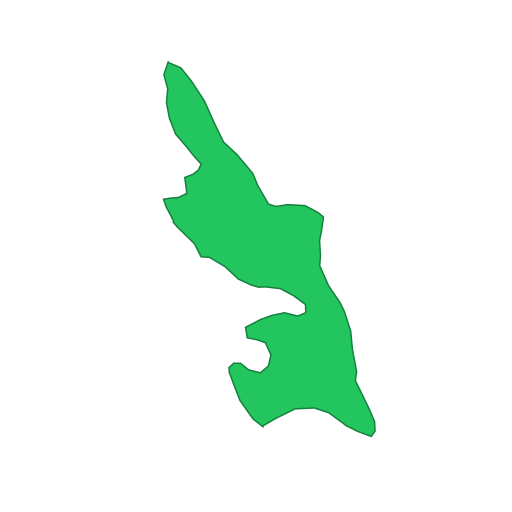 Osby, Skåne, Sweden (Equal Earth projection), rotated 64°
{"feature_id": "70781695B63851832202754", "entity_name": "Osby", "entity_type": "district", "adm_level": 2, "iso_a3": "SWE", "parent_name": "Sweden", "parent_adm1": "Skåne", "projection": "equal_earth", "projection_center": [14.155, 56.44], "detail": "fine", "context": "isolated", "style": "filled", "palette": "green", "viewbox_px": 512, "rotation_deg": 64, "n_neighbors": 0, "source": "geoboundaries", "source_scale": "gbopen_adm2", "svg_char_len": 1277}
<svg xmlns="http://www.w3.org/2000/svg" viewBox="0 0 512 512"><g transform="rotate(64 256 256)"><path d="M189.4,315.6L195.1,314.1L206.1,310.2L217.7,306.0L232.7,305.7L236.7,298.5L251.8,288.6L269.0,282.0L279.7,273.3L285.0,267.6L288.1,260.7L296.0,248.4L308.0,239.7L321.3,232.8L328.8,236.1L328.3,244.8L319.5,255.3L316.4,267.6L315.1,279.3L315.5,296.7L325.7,299.7L331.9,291.6L338.1,285.6L351.4,285.9L360.3,293.1L362.9,303.3L355.0,312.6L345.7,316.9L342.6,322.9L344.4,329.2L348.8,331.0L360.3,332.2L377.3,333.6L378.9,333.7L401.1,330.1L412.5,324.6L411.7,323.9L410.6,309.2L410.5,287.9L418.1,270.3L428.8,259.3L448.3,249.1L458.0,241.7L468.7,231.5L468.0,230.2L465.5,225.7L456.8,222.0L442.8,221.3L411.5,221.3L403.9,216.2L382.3,210.3L365.0,203.8L344.5,200.9L334.8,200.9L314.3,203.8L292.7,203.0L284.0,197.9L270.0,192.1L262.4,186.3L250.6,178.3L244.1,181.2L232.2,189.9L223.6,205.2L220.3,216.2L214.9,222.0L193.3,223.5L180.4,222.7L156.6,228.6L139.3,235.2L119.8,235.2L93.9,234.4L70.2,237.4L54.0,241.1L43.6,250.0L43.3,250.0L52.6,259.3L67.1,262.1L78.8,269.2L94.0,273.4L111.3,274.8L127.3,270.6L139.7,267.8L149.4,265.0L153.5,270.1L154.9,276.7L154.2,285.6L169.4,290.7L169.4,300.1L166.6,307.2L164.5,314.2L172.1,315.2L188.1,314.7L189.4,315.6Z" fill="#22c55e" stroke="#15803d" stroke-width="1.5"/></g></svg>